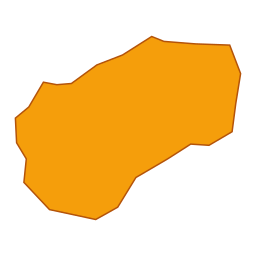 outline of Agios Nikolaos Soleas, Cyprus
{"feature_id": "46923920B37444624958942", "entity_name": "Agios Nikolaos Soleas", "entity_type": "district", "adm_level": 2, "iso_a3": "CYP", "parent_name": "Cyprus", "parent_adm1": "", "projection": "natural_earth1", "projection_center": [32.87, 35.098], "detail": "fine", "context": "isolated", "style": "filled", "palette": "amber", "viewbox_px": 256, "rotation_deg": 0, "n_neighbors": 0, "source": "geoboundaries", "source_scale": "gbopen_adm2", "svg_char_len": 409}
<svg xmlns="http://www.w3.org/2000/svg" viewBox="0 0 256 256"><path d="M43.4,82.2L28.8,107.0L15.4,118.1L16.6,142.8L26.3,158.9L23.9,182.4L49.5,209.6L95.7,219.5L117.7,207.2L135.9,177.5L167.6,158.9L190.7,144.1L209.0,145.3L232.1,131.7L235.8,103.3L240.6,73.6L229.7,45.1L195.6,43.9L163.9,41.4L151.7,36.5L122.5,55.0L96.9,64.9L71.4,83.5L56.8,84.7L43.4,82.2Z" fill="#f59e0b" stroke="#b45309" stroke-width="1.5"/></svg>